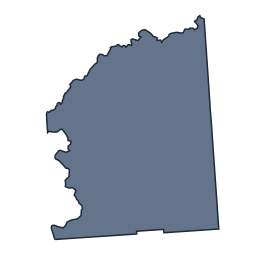 Okanogan, Washington, United States of America (Mercator projection), rotated 86°
{"feature_id": "52423323B51466238870881", "entity_name": "Okanogan", "entity_type": "district", "adm_level": 2, "iso_a3": "USA", "parent_name": "United States of America", "parent_adm1": "Washington", "projection": "mercator", "projection_center": [-120.099, 48.471], "detail": "fine", "context": "isolated", "style": "filled", "palette": "slate", "viewbox_px": 256, "rotation_deg": 86, "n_neighbors": 0, "source": "geoboundaries", "source_scale": "gbopen_adm2", "svg_char_len": 2455}
<svg xmlns="http://www.w3.org/2000/svg" viewBox="0 0 256 256"><g transform="rotate(86 128 128)"><path d="M127.0,208.5L125.8,207.0L126.8,203.4L127.1,199.4L124.4,194.5L124.8,193.7L129.9,190.3L133.5,188.7L136.3,188.7L137.0,186.0L139.9,186.3L142.0,189.0L144.7,189.2L146.5,187.7L147.9,191.7L145.5,197.3L146.0,198.8L149.8,202.3L152.0,202.9L153.8,202.3L155.8,199.0L163.9,192.5L164.1,190.6L165.6,189.4L172.4,190.3L175.8,194.3L179.3,194.1L182.1,194.6L183.7,191.3L183.8,187.2L186.8,184.2L191.2,186.4L193.6,184.6L195.5,184.3L197.1,182.7L199.3,182.3L202.2,179.5L205.1,178.9L206.8,180.3L212.0,180.9L215.0,184.6L216.0,191.4L217.7,195.5L220.1,196.5L223.1,199.4L221.6,204.8L219.9,208.2L219.9,210.4L220.8,211.1L222.5,211.5L233.5,208.9L234.1,208.0L234.3,126.7L231.6,126.7L231.6,99.5L235.0,99.5L235.1,44.5L204.2,44.5L203.7,44.5L173.2,44.5L170.2,44.5L144.7,44.5L126.4,44.5L113.4,44.7L109.8,44.6L74.2,44.5L38.6,44.5L24.5,44.5L23.0,47.8L20.9,48.5L22.2,50.5L24.8,51.6L26.2,54.2L30.7,51.0L33.2,51.8L34.7,54.7L33.0,56.1L32.8,59.4L33.8,60.6L33.3,64.2L36.6,66.2L37.1,67.6L35.9,72.9L36.6,78.5L37.7,80.6L39.3,80.8L42.6,86.7L44.9,88.4L42.6,89.4L42.6,92.8L40.0,92.7L38.4,96.3L34.9,99.0L31.1,104.1L31.6,107.7L34.0,110.8L37.1,110.8L38.0,108.7L41.5,111.9L39.4,117.2L40.1,118.8L42.7,118.9L44.3,118.4L45.5,118.5L45.7,119.5L44.9,120.9L45.0,122.0L45.6,122.9L46.4,123.4L47.3,124.4L47.1,124.5L46.0,125.2L45.4,126.2L45.7,127.5L46.6,128.0L46.5,129.1L45.3,130.5L44.3,131.4L44.2,132.9L45.3,133.6L45.8,137.6L45.9,139.0L46.6,140.0L48.3,139.9L50.3,141.4L52.4,142.7L54.3,143.9L54.2,146.8L52.9,148.5L52.5,150.9L53.7,152.5L55.7,153.6L58.8,153.9L60.6,154.1L62.1,156.8L64.4,159.0L66.6,161.5L69.3,163.1L73.1,165.2L73.2,167.3L74.8,168.1L75.6,168.1L77.2,170.6L76.7,173.0L75.7,176.0L76.6,179.1L79.2,181.5L79.7,182.4L80.3,182.9L81.8,182.5L82.2,182.2L83.2,182.4L83.6,182.9L84.3,183.2L84.9,183.8L86.0,185.1L86.9,185.7L87.8,186.4L88.7,187.5L88.9,188.3L89.9,189.0L90.7,189.2L91.9,190.1L93.7,190.1L94.4,190.6L96.1,191.5L96.8,191.5L97.8,192.0L98.5,192.1L99.3,193.1L99.6,193.5L99.5,193.9L99.0,193.9L98.4,193.9L98.0,194.5L97.8,195.3L98.5,196.7L100.3,197.2L100.9,197.6L101.5,198.4L102.4,198.7L103.0,199.0L103.9,199.4L104.4,200.2L104.9,201.2L105.3,202.2L105.1,202.6L105.0,203.4L106.0,204.5L106.4,205.0L106.8,205.8L106.5,206.3L106.2,206.8L106.4,207.4L106.6,207.5L107.5,207.9L108.3,208.3L115.5,208.5L119.5,208.5L121.6,208.5L124.6,208.5L126.7,208.5L127.0,208.5Z" fill="#64748b" stroke="#1e293b" stroke-width="1.5"/></g></svg>